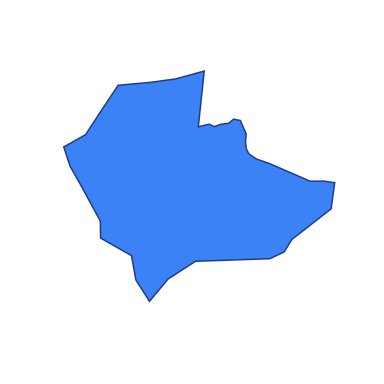 SVG path tracing the border of Lielvardes, rotated 291°
{"feature_id": "LVA-5769", "entity_name": "Lielvardes", "entity_type": "Municipality", "adm_level": 1, "iso_a3": "LVA", "parent_name": "Latvia", "parent_adm1": "", "projection": "albers", "projection_center": [24.97, 56.715], "detail": "fine", "context": "isolated", "style": "filled", "palette": "blue", "viewbox_px": 384, "rotation_deg": 291, "n_neighbors": 0, "source": "natural_earth", "source_scale": "10m", "svg_char_len": 666}
<svg xmlns="http://www.w3.org/2000/svg" viewBox="0 0 384 384"><g transform="rotate(291 192 192)"><path d="M309.3,160.1L255.2,174.5L261.4,183.7L261.0,189.4L265.6,194.7L269.3,201.7L274.9,204.7L276.1,211.5L265.5,221.9L258.4,223.8L251.9,227.1L248.0,231.4L245.9,240.1L246.3,254.2L244.4,298.4L249.4,311.1L251.8,321.9L226.1,327.9L213.0,320.0L198.7,311.4L183.7,302.3L169.1,299.5L157.7,288.7L136.4,238.6L128.6,220.1L116.1,211.0L102.1,200.8L88.9,196.3L74.7,191.5L89.8,171.1L110.9,158.3L116.2,123.2L132.0,116.8L156.6,88.0L172.4,68.9L188.1,56.1L207.4,72.1L237.2,78.5L265.2,84.8L279.3,113.6L291.6,136.0L309.3,160.1Z" fill="#3b82f6" stroke="#1e3a8a" stroke-width="1.5"/></g></svg>